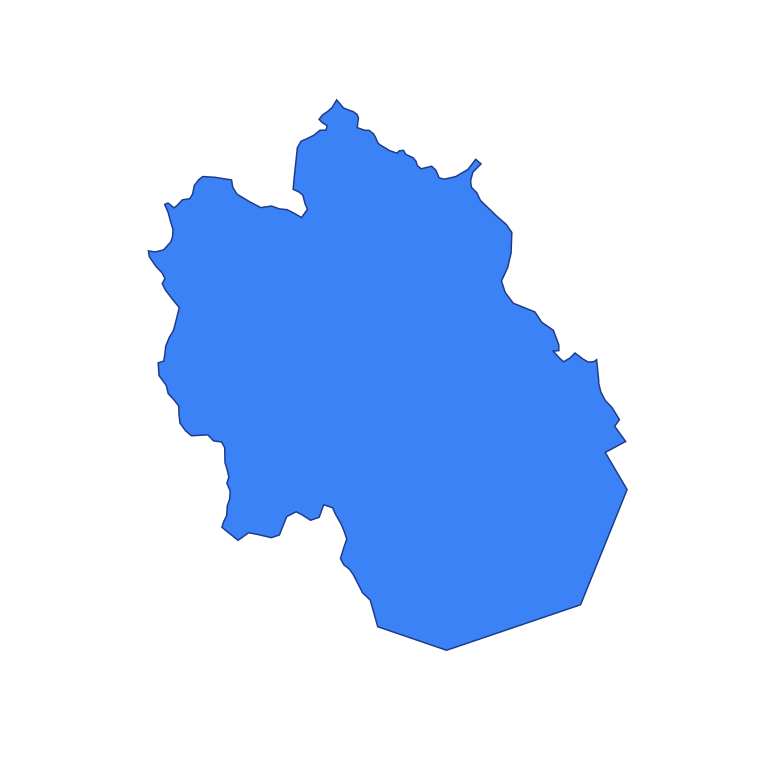 Jeli, Kelantan, Malaysia (Mercator projection), rotated 337°
{"feature_id": "92858781B21811088790673", "entity_name": "Jeli", "entity_type": "district", "adm_level": 2, "iso_a3": "MYS", "parent_name": "Malaysia", "parent_adm1": "Kelantan", "projection": "mercator", "projection_center": [101.818, 5.58], "detail": "fine", "context": "isolated", "style": "filled", "palette": "blue", "viewbox_px": 768, "rotation_deg": 337, "n_neighbors": 0, "source": "geoboundaries", "source_scale": "gbopen_adm2", "svg_char_len": 2403}
<svg xmlns="http://www.w3.org/2000/svg" viewBox="0 0 768 768"><g transform="rotate(337 384 384)"><path d="M451.4,104.0L444.3,109.2L438.9,111.0L432.6,112.3L427.6,115.0L429.4,119.5L432.6,124.0L429.9,127.6L424.0,125.4L416.8,127.6L409.2,128.1L402.5,128.1L396.6,132.6L389.9,144.7L380.9,160.9L376.4,169.4L380.4,173.5L383.1,178.4L381.8,187.4L381.8,193.2L373.2,198.6L367.4,191.0L362.9,185.6L356.2,182.0L349.9,176.2L344.5,174.8L339.5,173.5L331.4,163.6L322.9,151.9L321.6,143.8L323.4,136.6L309.0,127.6L298.2,122.2L293.2,123.6L286.9,127.2L282.0,134.4L277.5,137.5L270.3,135.7L263.1,138.9L259.5,139.8L255.9,133.0L252.3,133.0L252.3,142.0L251.0,151.4L250.1,159.5L246.9,165.8L243.3,169.9L233.5,174.4L224.9,173.0L219.1,169.4L217.7,175.3L220.0,186.5L223.1,195.0L223.6,201.3L219.1,204.9L219.5,212.1L222.2,222.5L225.4,233.7L215.9,246.3L211.0,252.6L204.7,257.1L197.9,263.8L193.9,271.0L190.3,276.8L184.4,276.3L180.2,288.3L183.0,300.2L181.6,308.6L184.4,316.3L186.5,324.1L183.7,331.1L180.9,340.2L183.0,349.4L186.5,356.4L202.0,362.0L204.8,369.7L211.8,373.9L212.5,380.3L206.9,394.3L206.2,401.3L204.8,409.1L200.6,414.0L200.6,422.4L197.1,429.4L192.1,435.0L187.9,443.5L182.3,448.4L178.8,452.6L188.6,470.9L201.3,468.0L209.7,473.7L220.2,481.4L228.7,482.1L242.7,468.0L253.2,467.3L257.4,472.3L263.1,480.7L272.2,481.4L281.3,471.6L288.4,477.9L288.4,484.2L289.8,496.1L289.8,503.9L289.1,512.3L282.7,519.3L275.7,527.7L276.4,534.8L279.9,541.1L281.3,548.1L282.7,567.8L286.9,577.6L283.7,602.8L283.4,605.0L337.5,653.5L478.7,664.0L566.5,576.2L560.9,533.4L584.0,531.3L579.8,513.0L586.8,508.8L584.7,494.7L581.2,485.6L580.5,475.8L581.9,467.3L583.3,463.8L589.2,444.7L585.9,445.4L580.5,443.6L576.9,438.7L571.9,430.1L565.2,432.8L558.0,433.7L555.7,428.8L552.6,419.8L558.0,421.6L560.2,416.2L560.9,400.8L553.3,388.7L551.1,376.7L534.6,360.2L531.3,347.0L532.4,335.0L543.4,325.1L552.2,313.0L560.9,294.4L558.7,284.5L553.3,273.5L544.5,252.7L544.1,244.0L541.4,237.3L542.3,233.2L543.6,230.1L548.5,223.8L559.3,219.3L556.2,213.0L549.9,216.6L545.0,219.3L531.0,221.1L519.3,218.9L515.3,215.7L515.3,212.1L515.3,207.6L513.0,202.2L502.3,200.4L500.0,195.9L500.5,191.4L499.1,187.0L493.7,181.1L493.3,176.6L489.2,175.3L486.1,176.6L480.2,171.2L473.5,161.8L472.6,159.5L472.6,154.6L472.1,149.6L469.4,144.7L465.4,142.9L459.5,137.5L464.5,129.0L464.5,125.4L462.2,121.3L459.1,118.6L454.6,114.1L453.3,110.1L451.4,104.0Z" fill="#3b82f6" stroke="#1e3a8a" stroke-width="1.5"/></g></svg>